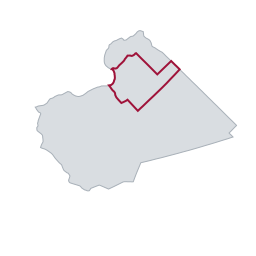 Ajdabiya on a map of Libya (orthographic projection), rotated 316°
{"feature_id": "LBY-2983", "entity_name": "Ajdabiya", "entity_type": "Municipality", "adm_level": 1, "iso_a3": "LBY", "parent_name": "Libya", "parent_adm1": "", "projection": "orthographic", "projection_center": [21.402, 29.135], "detail": "fine", "context": "in_parent", "style": "outline", "palette": "rose", "viewbox_px": 256, "rotation_deg": 316, "n_neighbors": 0, "source": "natural_earth", "source_scale": "10m", "svg_char_len": 4095}
<svg xmlns="http://www.w3.org/2000/svg" viewBox="0 0 256 256"><g transform="rotate(316 128 128)"><path d="M53.6,80.2L54.8,79.7L56.5,79.2L57.4,78.8L57.8,78.4L59.2,76.8L59.9,75.8L60.9,74.6L61.4,73.7L61.5,72.9L61.5,71.8L61.1,69.3L60.8,66.8L61.3,65.9L61.7,65.5L62.5,64.5L62.9,64.3L64.5,64.1L65.2,63.4L65.8,62.5L66.0,62.0L66.7,61.5L67.6,61.1L68.2,60.5L70.0,59.6L71.7,58.8L73.5,57.9L75.0,57.3L75.4,56.6L75.4,56.0L74.8,54.6L74.9,53.1L75.1,51.7L75.2,51.0L75.8,48.9L75.8,48.6L77.2,49.4L78.6,49.8L82.8,52.8L84.1,53.3L87.2,53.8L90.9,53.0L92.3,52.9L94.6,54.1L95.7,54.4L97.4,54.6L100.4,55.7L101.2,56.1L102.9,57.7L103.7,58.2L109.9,59.9L110.7,60.9L111.5,62.6L111.4,64.8L111.8,66.4L112.5,68.4L113.4,69.9L114.4,71.1L115.6,71.9L118.3,73.2L121.5,73.7L124.7,74.0L130.2,75.7L134.8,77.6L135.9,78.5L138.2,79.4L142.8,83.7L145.4,85.1L147.2,85.5L148.9,85.2L151.9,83.9L153.1,83.0L156.1,79.5L157.0,77.7L157.4,76.4L157.4,75.0L157.0,73.8L156.2,72.6L155.7,70.9L155.4,67.9L155.8,65.9L156.4,64.6L157.3,63.4L159.7,61.0L162.1,59.3L166.4,57.1L168.8,57.1L169.9,56.9L171.9,55.3L172.7,55.2L173.8,55.6L177.1,55.5L178.6,55.9L180.4,56.9L182.6,57.5L184.1,58.0L185.8,58.8L186.2,60.7L186.1,61.3L186.0,62.1L187.8,63.4L192.7,63.9L193.7,64.2L195.1,65.2L196.0,65.5L199.3,65.6L201.3,65.3L203.2,65.6L203.9,66.0L204.6,66.7L205.6,68.7L205.9,69.3L205.6,69.6L205.1,70.3L204.7,70.9L203.9,71.9L203.2,73.0L203.3,74.6L203.5,76.1L204.1,77.6L204.5,79.3L204.5,80.5L204.1,81.8L203.7,83.0L202.3,85.4L202.1,86.0L202.2,86.7L203.2,89.5L203.3,90.4L203.9,93.1L204.5,95.3L205.1,97.0L205.2,97.5L205.3,100.0L205.3,102.6L205.4,105.1L205.5,107.7L205.6,110.2L205.6,112.8L205.7,115.4L205.8,117.9L205.9,120.5L205.9,123.0L206.0,125.6L206.1,128.1L206.1,130.7L206.2,133.2L206.3,135.8L206.3,138.3L206.4,140.9L206.5,143.4L206.6,146.0L206.6,148.5L206.7,151.1L206.8,153.6L206.8,156.2L206.9,158.7L206.9,161.2L207.0,163.8L207.1,166.3L207.1,168.9L207.2,171.4L207.3,174.0L207.3,176.5L207.4,179.0L207.5,184.6L207.6,190.3L207.8,195.9L207.9,201.5L207.7,201.6L205.1,201.6L202.5,201.7L199.8,201.8L197.2,201.8L197.2,203.2L197.3,204.6L197.3,206.0L197.3,207.4L192.1,204.9L187.0,202.3L181.8,199.7L176.7,197.1L171.6,194.4L166.5,191.8L161.4,189.1L156.3,186.4L151.3,183.6L146.3,180.9L141.3,178.1L136.3,175.3L131.3,172.5L126.4,169.6L121.4,166.8L116.5,163.9L113.1,161.9L109.4,163.5L106.4,164.8L102.5,166.5L98.0,168.6L94.5,170.3L94.3,170.2L94.2,170.2L90.8,166.8L88.2,164.2L87.0,163.4L81.9,161.8L76.9,160.2L71.6,158.4L70.8,156.4L69.8,154.0L68.6,151.1L67.8,149.3L67.5,149.0L63.5,147.3L59.3,145.6L56.8,146.2L56.3,146.1L55.7,145.5L55.0,144.8L54.7,143.8L53.8,142.4L53.1,139.3L53.2,137.0L53.1,136.1L51.2,132.6L49.4,129.4L48.3,127.3L48.1,126.3L48.4,125.2L49.0,124.3L51.0,123.3L52.9,122.2L53.2,121.3L53.6,118.9L53.1,118.1L52.8,116.5L52.5,114.5L52.6,113.3L53.6,110.8L54.7,108.3L54.4,105.3L54.6,99.4L55.3,94.8L55.3,93.1L55.2,92.4L54.8,90.2L54.3,87.9L54.1,87.0L53.4,85.1L52.1,82.8L51.5,81.3L52.6,80.7L53.6,80.2Z" fill="#d9dde1" stroke="#a8b0b8" stroke-width="1"/><path d="M205.6,109.8L205.6,110.7L205.7,114.7L205.7,115.2L205.8,116.9L205.9,120.7L205.9,121.7L202.4,121.9L198.6,122.1L192.7,122.3L186.8,122.6L180.8,122.7L174.9,122.7L168.8,122.7L162.8,122.6L158.3,122.6L153.9,122.6L150.5,122.5L147.0,122.5L147.3,107.3L145.6,107.1L142.8,106.2L140.6,105.4L140.7,101.1L140.9,97.9L141.7,95.5L142.9,93.9L143.3,92.2L143.1,90.3L143.3,88.4L143.7,86.2L143.9,84.1L145.3,85.1L145.7,85.3L146.6,85.4L147.5,85.5L148.4,85.4L148.9,85.2L149.4,85.1L150.2,84.7L151.3,84.0L151.5,83.9L151.9,83.9L152.1,83.8L153.4,82.8L155.1,80.8L155.5,80.1L155.8,79.8L156.1,79.5L156.3,79.3L156.9,78.0L157.4,76.7L157.5,76.3L157.4,74.8L157.4,74.7L157.5,74.7L157.4,74.5L157.3,74.4L157.8,74.3L158.9,74.6L159.3,75.3L160.0,76.3L161.1,77.0L161.8,77.2L163.2,77.1L165.1,76.8L168.8,76.9L169.6,76.9L172.1,76.8L172.7,76.6L173.4,76.3L175.2,76.1L176.6,75.9L178.0,75.6L178.7,76.3L179.9,77.4L180.5,78.5L181.5,79.2L182.2,79.3L183.2,79.6L184.2,79.6L185.0,79.5L185.4,79.7L185.6,79.7L185.8,79.8L185.9,87.3L186.1,94.8L186.2,102.3L186.3,109.8L191.1,109.8L195.8,109.8L200.6,109.8L205.3,109.8L205.5,109.8L205.6,109.8Z" fill="none" stroke="#9f1239" stroke-width="2"/></g></svg>